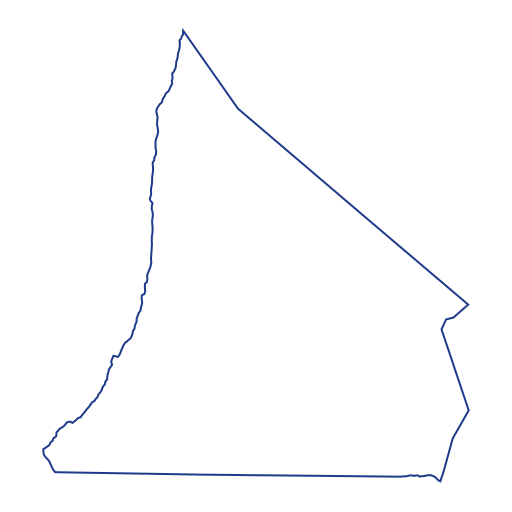 Currais, Piauí, Brazil (Equal Earth projection)
{"feature_id": "56859067B97651801569527", "entity_name": "Currais", "entity_type": "district", "adm_level": 2, "iso_a3": "BRA", "parent_name": "Brazil", "parent_adm1": "Piauí", "projection": "equal_earth", "projection_center": [-44.85, -8.733], "detail": "fine", "context": "isolated", "style": "outline", "palette": "blue", "viewbox_px": 512, "rotation_deg": 0, "n_neighbors": 0, "source": "geoboundaries", "source_scale": "gbopen_adm2", "svg_char_len": 2412}
<svg xmlns="http://www.w3.org/2000/svg" viewBox="0 0 512 512"><path d="M43.5,448.9L43.3,451.4L43.8,454.5L45.3,457.0L47.8,459.4L49.6,462.0L51.9,467.1L53.6,470.4L55.3,472.2L199.8,474.6L235.9,475.0L242.6,475.1L287.5,475.5L400.4,476.7L402.6,476.4L405.5,476.4L410.7,475.3L414.3,475.9L416.4,475.4L418.2,475.6L419.7,476.6L421.8,476.2L424.1,476.1L426.5,475.4L430.6,475.1L434.4,476.6L436.8,478.7L438.3,480.3L440.3,481.3L443.4,472.1L446.3,461.8L452.7,438.5L468.7,410.4L448.3,349.5L441.5,329.3L446.1,319.4L453.4,317.6L468.2,304.6L360.0,212.7L352.9,206.6L238.0,108.7L183.2,30.7L183.0,34.7L181.8,36.2L181.2,38.4L179.5,40.4L179.9,43.7L179.6,47.4L179.0,50.6L178.0,53.6L177.7,56.6L177.2,59.3L176.3,61.4L176.1,64.1L175.7,67.6L174.9,69.4L173.9,71.6L172.1,73.8L172.6,78.1L171.8,81.1L172.2,83.7L171.2,85.6L170.2,87.5L168.8,90.9L165.9,93.3L164.5,96.5L162.7,99.0L162.0,102.1L159.4,104.6L157.7,107.3L156.7,109.2L156.3,111.8L157.6,117.3L157.3,120.1L157.0,124.7L157.7,128.0L158.1,131.3L157.8,133.8L157.0,136.4L156.2,138.6L155.4,141.7L155.6,144.1L155.5,148.4L156.2,150.5L156.0,154.3L154.4,157.7L154.2,160.1L152.7,162.7L153.1,170.1L152.6,174.0L152.2,177.0L152.0,183.4L151.0,189.0L151.1,191.6L151.1,193.8L150.8,195.8L149.8,198.6L150.4,200.6L152.6,203.3L151.9,205.3L151.7,208.7L152.7,212.8L152.9,215.9L152.3,218.9L152.1,221.8L152.6,228.4L152.5,232.7L151.9,236.1L151.7,241.4L152.0,244.0L151.7,248.3L151.3,254.4L151.1,256.8L151.0,259.2L151.3,262.8L150.3,267.3L148.4,271.9L147.2,275.0L147.3,279.5L146.8,282.0L145.0,283.8L144.8,287.3L145.2,291.3L144.3,294.1L141.9,295.2L141.6,298.6L142.1,301.5L142.1,303.8L141.0,307.1L140.5,310.5L138.6,313.2L137.7,315.7L136.6,318.7L136.6,321.6L135.6,323.8L134.9,325.9L134.5,328.6L133.0,330.8L132.5,333.7L131.7,336.0L130.9,338.0L128.8,339.7L126.7,341.7L125.3,342.6L123.3,345.5L122.0,348.7L121.0,351.1L119.8,354.3L117.9,356.9L115.9,356.4L113.5,355.8L112.0,359.1L111.2,362.0L112.1,364.7L110.7,366.9L109.0,369.2L108.2,372.7L107.4,375.4L107.1,379.4L105.4,381.5L104.9,384.3L103.0,386.5L101.5,390.4L100.1,392.6L98.6,394.3L97.2,397.5L95.7,398.9L94.5,400.9L91.9,402.5L89.0,406.8L86.4,409.7L84.6,412.1L81.9,415.4L80.7,417.3L78.3,417.9L76.5,419.6L74.4,421.5L72.4,422.9L70.6,421.8L68.8,421.7L66.5,422.7L65.0,425.0L63.0,426.7L61.6,427.7L59.6,428.8L58.2,430.6L56.5,432.3L56.3,436.0L55.0,437.4L53.4,438.2L52.7,440.6L50.6,442.3L49.7,444.6L48.0,446.1L45.3,448.0L43.5,448.9Z" fill="none" stroke="#1e3a8a" stroke-width="2"/></svg>